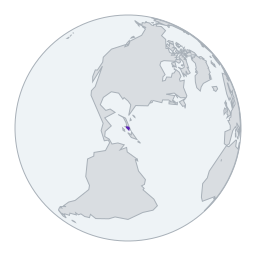 globe centered on Santiago de Cuba, rotated 41°
{"feature_id": "CUB-1369", "entity_name": "Santiago de Cuba", "entity_type": "Province", "adm_level": 1, "iso_a3": "CUB", "parent_name": "Cuba", "parent_adm1": "", "projection": "orthographic", "projection_center": [-76.024, 20.226], "detail": "fine", "context": "on_globe", "style": "filled", "palette": "violet", "viewbox_px": 256, "rotation_deg": 41, "n_neighbors": 0, "source": "natural_earth", "source_scale": "10m", "svg_char_len": 9235}
<svg xmlns="http://www.w3.org/2000/svg" viewBox="0 0 256 256"><g transform="rotate(41 128 128)"><circle cx="128" cy="128" r="113" fill="#eef3f6" stroke="#a8b0b8"/><path d="M123.8,151.2L121.1,150.0L118.5,153.2L109.4,147.6L106.2,140.8L78.7,127.6L75.9,123.8L76.1,118.2L68.1,98.1L71.0,116.3L67.6,112.3L65.2,105.6L66.9,104.4L65.7,94.9L62.9,90.8L63.8,79.3L71.6,66.4L72.3,68.8L74.1,65.7L73.3,62.6L72.4,61.4L77.5,49.1L76.2,41.8L72.0,42.2L75.8,40.3L65.6,43.3L62.5,42.5L68.2,41.8L70.6,40.6L69.6,39.1L71.8,37.7L72.6,36.2L75.2,34.7L78.4,34.8L80.2,33.9L79.4,33.0L81.6,31.1L82.5,32.6L86.5,29.6L92.5,29.9L92.7,36.3L98.3,36.4L104.5,43.0L106.2,41.6L109.6,43.6L112.8,42.8L113.1,44.6L115.4,42.5L114.6,41.0L115.4,39.7L117.2,39.2L117.8,41.3L117.0,41.8L118.1,42.2L117.6,43.5L118.9,42.6L119.4,45.4L121.6,42.0L124.3,43.7L123.9,45.7L120.4,46.3L110.9,53.6L109.4,56.5L110.8,59.6L121.0,63.4L120.8,66.4L123.2,70.0L124.9,67.7L123.7,64.2L127.4,61.3L125.5,57.7L126.7,56.2L126.1,52.5L130.0,52.3L134.1,54.2L134.8,57.4L136.6,58.5L139.1,55.0L143.3,61.0L151.3,65.1L152.0,67.0L147.8,70.7L140.0,71.3L134.6,77.5L142.0,72.9L143.6,78.1L145.5,78.8L147.6,78.4L148.5,76.3L149.9,78.1L143.1,82.9L141.8,81.3L143.9,79.7L140.3,80.2L135.7,84.1L136.9,86.7L128.8,90.8L129.5,92.9L128.1,95.1L127.5,91.5L128.5,98.2L119.1,106.0L120.3,118.1L114.9,108.7L110.5,107.6L105.1,107.6L105.2,109.6L98.1,107.8L91.6,111.6L89.3,121.1L91.8,128.6L99.7,129.3L102.1,125.4L108.0,124.7L103.8,135.6L114.0,137.4L113.0,145.5L116.0,149.7L121.1,148.7L126.4,150.6L130.2,145.9L136.2,143.2L136.4,149.7L139.7,143.6L143.1,146.6L155.0,145.5L154.2,147.0L164.2,153.6L175.0,155.5L177.4,159.8L176.2,162.8L179.8,163.0L179.9,164.8L194.2,164.7L201.2,167.4L200.8,173.6L194.6,182.0L188.0,197.0L176.6,203.6L173.1,209.1L163.1,217.5L156.3,217.8L157.7,220.9L153.4,223.2L148.8,223.7L147.5,226.0L144.1,226.3L146.0,227.5L140.0,230.4L141.1,232.3L136.5,234.3L137.4,235.2L135.9,235.3L134.1,235.7L133.8,236.2L129.3,235.4L128.5,233.1L130.5,231.8L128.5,231.6L132.8,228.0L130.4,228.8L131.8,222.8L135.6,217.4L138.8,200.2L136.6,196.6L128.0,192.4L117.8,177.9L120.6,171.7L118.4,168.7L125.8,159.8L123.8,151.2ZM23.2,100.3L24.0,97.8L23.9,99.8L23.2,100.3ZM24.3,96.0L24.0,96.9L24.2,96.1L24.3,96.0ZM24.2,95.3L24.3,95.8L24.1,95.4L24.2,95.3ZM24.1,94.6L24.2,94.8L24.1,94.6ZM119.7,122.2L131.4,127.9L124.8,128.7L126.0,127.6L123.1,125.3L117.5,123.1L111.7,124.3L119.7,122.2ZM24.2,92.7L24.2,92.2L24.4,92.2L24.2,92.7ZM124.8,115.5L122.8,115.1L124.8,115.0L124.8,115.5ZM71.6,61.2L73.1,62.8L73.0,66.3L71.5,65.1L71.6,61.2ZM72.1,55.1L73.4,55.2L71.3,58.2L71.2,57.2L72.1,55.1ZM68.6,43.0L69.4,43.8L67.9,43.6L68.6,43.0ZM72.2,36.3L71.3,36.6L72.1,35.8L72.2,36.3ZM124.0,52.9L125.0,52.7L124.6,53.5L124.0,52.9ZM122.8,51.6L121.5,52.6L120.8,52.1L121.5,51.5L122.8,51.6ZM76.9,32.8L78.5,31.5L77.4,32.8L76.9,32.8ZM124.5,50.4L119.6,51.2L118.3,50.4L120.1,47.4L124.5,50.4ZM79.8,30.7L83.5,27.9L81.8,28.2L88.8,26.0L83.3,28.9L82.2,30.4L81.5,30.0L79.8,30.7ZM113.5,40.8L114.5,42.3L112.0,41.6L113.5,40.8ZM111.8,40.7L103.0,41.0L102.5,38.7L105.5,39.0L103.5,36.7L107.6,35.4L109.6,36.4L109.1,38.1L111.0,36.4L111.8,40.7ZM92.0,25.3L93.4,24.8L92.6,25.4L92.0,25.3ZM115.5,39.1L113.8,39.3L113.2,37.3L116.5,36.7L115.6,37.5L115.5,39.1ZM101.0,36.8L101.2,35.4L104.5,33.9L105.0,33.2L107.6,35.2L101.0,36.8ZM116.7,37.7L118.2,36.4L120.2,37.0L117.1,38.9L116.7,37.7ZM111.6,37.1L111.5,36.2L112.7,36.5L111.6,37.1ZM127.9,38.5L125.8,38.5L125.3,37.5L127.9,38.5ZM118.7,35.9L118.0,35.8L117.6,35.4L119.0,34.7L118.7,35.9ZM109.8,34.1L111.1,33.9L108.9,33.2L111.3,32.3L112.6,33.9L113.0,32.8L113.8,32.5L114.0,34.2L109.8,34.1ZM119.1,33.0L121.6,35.0L125.5,35.1L126.1,36.1L119.7,35.8L119.1,33.0ZM116.1,33.5L118.1,33.4L117.8,34.5L116.2,35.2L116.1,33.5ZM112.5,31.1L108.4,32.1L108.3,31.8L112.5,31.1ZM120.4,32.8L119.7,32.4L120.7,32.7L120.4,32.8ZM115.0,31.3L113.6,31.7L113.4,31.3L115.0,31.3ZM119.6,31.2L120.4,31.8L119.4,32.3L119.6,31.2ZM117.6,31.1L117.7,30.4L118.5,32.1L116.9,31.3L117.6,31.1ZM115.1,30.9L114.5,30.8L115.7,30.8L115.1,30.9ZM123.2,29.2L124.5,31.2L122.1,32.2L121.2,30.1L123.2,29.2ZM136.7,237.0L129.6,235.7L133.7,236.4L136.8,235.4L140.4,236.4L136.7,237.0ZM145.8,234.4L149.2,233.6L150.0,233.8L147.8,234.4L145.8,234.4ZM214.8,56.2L215.8,57.5L213.0,54.5L207.0,47.7L214.8,56.2ZM198.9,40.5L200.7,42.0L201.3,42.5L202.3,43.3L203.7,44.6L203.1,44.2L201.7,42.9L202.1,43.5L208.6,49.7L210.1,51.1L213.0,55.2L215.8,58.0L217.7,60.6L213.6,56.9L211.7,54.8L206.6,52.7L208.9,55.1L213.8,57.5L213.6,57.9L216.7,61.8L214.2,59.2L208.2,56.6L208.8,61.2L214.8,73.5L214.0,76.4L211.0,76.7L203.6,67.2L206.1,62.0L203.5,59.0L198.5,56.8L199.7,55.6L198.0,54.2L198.5,52.3L194.8,47.3L194.6,45.4L188.9,41.2L188.0,39.9L191.7,42.6L194.1,43.7L193.2,39.8L191.8,38.4L188.1,36.2L188.3,35.6L184.9,34.0L182.3,31.4L182.6,33.4L178.4,31.4L174.5,28.9L173.1,28.7L179.5,32.8L181.9,34.2L184.0,34.8L190.8,39.5L192.0,41.4L185.1,38.2L186.1,40.7L180.3,37.6L166.7,27.6L163.2,24.9L166.4,23.6L169.7,24.9L170.2,25.9L173.7,26.4L171.5,25.6L171.7,25.3L167.7,23.8L167.6,23.5L163.8,22.6L163.3,22.1L165.7,22.7L159.2,20.4L157.0,19.4L155.6,19.1L154.7,19.0L152.4,18.1L151.4,17.9L151.8,18.1L150.2,18.0L146.4,17.5L145.8,17.2L147.1,17.3L148.9,17.4L152.4,18.0L160.8,20.2L169.0,23.1L176.9,26.6L184.6,30.6L192.0,35.3L198.9,40.5ZM150.5,17.6L148.6,17.3L146.4,17.2L144.3,17.0L144.9,16.8L144.5,16.9L143.3,16.7L141.5,16.4L140.6,16.5L127.8,16.4L123.1,16.1L125.1,15.7L115.5,16.5L111.0,16.8L111.4,16.9L107.0,17.8L108.4,17.6L108.2,17.8L97.7,20.8L94.8,21.6L90.7,23.7L90.9,23.8L92.8,23.3L88.8,26.0L81.8,28.2L81.7,27.8L77.4,29.8L77.8,28.6L76.2,28.7L79.2,26.7L77.7,27.3L76.2,28.1L73.1,29.6L80.1,26.0L82.8,25.4L82.0,25.3L84.2,24.4L85.1,23.9L84.5,24.1L92.3,21.2L100.4,18.8L108.6,17.0L117.0,15.9L125.4,15.4L133.8,15.5L142.2,16.3L150.5,17.6ZM239.9,140.7L240.2,133.6L240.2,125.2L239.7,122.9L239.2,125.6L238.4,122.9L237.8,124.1L232.2,134.5L228.8,132.1L220.8,120.9L220.6,113.7L217.6,107.2L213.9,77.0L216.4,76.0L217.3,66.3L218.0,66.1L221.4,71.3L224.9,71.7L221.8,66.4L221.6,65.4L225.8,72.1L229.5,79.1L232.7,86.4L235.3,93.8L237.5,101.4L239.1,109.2L240.1,117.0L240.6,124.9L240.5,132.8L239.9,140.7ZM219.1,90.2L220.1,92.2L219.1,90.2ZM155.4,145.3L156.9,146.5L155.0,146.7L155.4,145.3ZM123.9,131.5L126.4,131.6L127.7,132.6L125.8,133.0L123.9,131.5ZM144.6,130.9L147.4,131.3L144.5,132.0L144.6,130.9ZM133.2,128.6L142.3,130.8L136.7,133.0L130.9,131.7L134.9,131.0L133.2,128.6ZM123.7,119.4L125.3,119.9L124.8,121.1L123.7,119.4ZM126.3,115.5L125.7,115.6L124.9,114.6L126.3,115.5ZM144.0,77.8L144.6,77.4L146.8,77.4L145.8,78.4L144.0,77.8ZM156.2,72.7L158.2,75.7L156.1,74.1L155.1,75.8L149.6,74.6L152.1,67.8L151.9,71.0L156.2,72.7ZM142.9,71.6L146.1,72.8L142.5,71.8L142.9,71.6ZM187.9,49.5L189.5,49.5L191.5,51.4L191.6,54.7L188.8,51.8L187.9,49.5ZM191.4,49.2L184.5,45.6L184.1,43.7L185.5,45.3L185.9,44.4L188.2,46.8L194.6,48.9L196.8,50.8L195.9,55.3L195.0,52.6L193.5,52.6L191.4,49.2ZM167.5,42.5L164.5,41.7L167.5,38.5L170.0,39.7L170.3,42.8L167.6,43.3L167.5,42.5ZM128.6,45.3L127.3,45.8L127.1,45.1L128.1,44.2L128.6,45.3ZM127.0,38.6L134.3,42.9L133.1,43.5L138.8,45.6L138.0,48.3L134.3,46.8L137.9,50.6L134.3,50.3L137.1,52.8L129.0,49.1L125.9,49.2L129.7,48.0L130.6,45.5L130.0,44.5L126.0,41.8L119.7,41.2L119.6,38.9L121.2,37.4L122.7,37.2L122.3,38.7L124.5,37.4L125.1,39.4L127.0,38.6ZM139.7,26.0L138.6,27.1L143.3,26.1L143.9,27.6L144.4,27.4L146.3,28.5L149.4,29.7L149.2,30.4L150.5,30.6L151.7,31.5L153.5,32.0L153.7,33.6L155.8,34.4L154.7,34.7L158.3,35.8L155.7,35.7L157.0,37.1L158.8,36.4L155.6,44.9L156.3,49.0L158.3,52.7L153.5,52.5L148.7,49.1L144.4,44.6L144.4,40.8L142.3,41.6L141.7,40.1L143.6,40.1L140.2,39.2L140.2,38.0L136.4,35.0L131.6,34.7L130.0,33.7L132.0,33.3L129.1,32.7L131.7,31.2L130.7,30.5L132.2,28.5L136.5,28.2L135.1,27.5L136.2,26.2L139.7,26.0ZM123.7,28.7L128.7,27.6L131.5,28.0L127.7,31.4L128.2,32.2L125.9,34.6L121.9,34.1L122.9,33.4L123.0,32.6L124.2,33.1L123.3,32.2L124.7,31.2L124.4,30.3L126.1,30.2L123.7,28.7ZM216.6,63.5L216.7,63.0L216.4,61.8L218.4,64.3L216.6,63.5ZM212.6,61.7L212.4,60.8L215.1,63.5L214.9,64.2L212.6,61.7ZM210.1,58.2L212.2,60.5L211.0,59.7L210.1,58.2ZM191.3,41.8L190.8,40.9L191.6,41.3L192.9,42.4L191.3,41.8ZM153.7,24.6L152.6,24.9L151.9,24.6L148.2,24.5L147.4,23.5L149.4,23.3L153.7,24.6ZM218.2,61.0L218.2,60.6L218.7,61.7L218.2,61.0ZM152.2,23.6L150.8,23.6L151.3,23.1L152.2,23.6ZM146.7,22.9L146.9,22.3L146.9,23.4L146.7,22.9ZM143.7,17.8L149.7,18.9L153.6,19.5L155.0,19.4L155.6,20.2L149.7,19.2L143.7,17.8ZM129.9,16.5L128.7,16.9L127.5,16.7L129.9,16.5ZM130.4,16.8L132.2,17.4L130.4,17.7L129.3,17.1L130.4,16.8ZM142.4,19.9L144.3,20.2L143.8,20.5L142.4,19.9ZM92.8,24.7L93.3,24.8L92.1,25.1L92.8,24.7ZM109.1,17.7L108.7,18.0L107.3,18.1L109.1,17.7ZM106.7,18.9L108.7,18.4L106.9,19.0L106.7,18.9ZM112.9,17.6L109.5,18.3L112.4,17.5L112.9,17.6Z" fill="#d9dde1" stroke="#a8b0b8" stroke-width="1"/><path d="M129.2,128.7L128.9,128.7L128.7,128.6L128.4,128.5L128.2,128.5L127.8,128.5L127.7,128.5L127.4,128.5L127.2,128.5L126.8,128.5L126.6,128.6L126.4,128.6L126.1,128.7L126.3,128.5L126.3,128.4L126.5,128.4L126.8,128.4L127.0,128.4L127.3,128.3L127.3,128.2L127.3,127.9L127.4,127.7L127.5,127.7L127.8,127.6L127.9,127.4L128.0,127.4L127.9,127.3L128.0,127.3L128.1,127.5L128.3,127.6L128.5,127.6L128.8,127.5L128.8,127.4L128.8,127.5L128.9,127.4L129.0,127.4L129.1,127.5L129.0,127.8L129.0,128.0L129.1,128.3L129.0,128.5L129.2,128.7Z" fill="#8b5cf6" stroke="#5b21b6" stroke-width="1.5"/></g></svg>